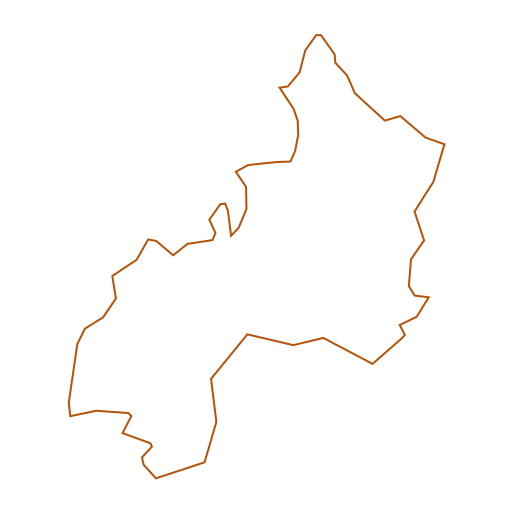 SVG path tracing the border of Central Bedfordshire, rotated 178°
{"feature_id": "GBR-5697", "entity_name": "Central Bedfordshire", "entity_type": "Unitary Authority", "adm_level": 1, "iso_a3": "GBR", "parent_name": "United Kingdom", "parent_adm1": "", "projection": "albers", "projection_center": [-0.422, 51.997], "detail": "fine", "context": "isolated", "style": "outline", "palette": "amber", "viewbox_px": 512, "rotation_deg": 178, "n_neighbors": 0, "source": "natural_earth", "source_scale": "10m", "svg_char_len": 1036}
<svg xmlns="http://www.w3.org/2000/svg" viewBox="0 0 512 512"><g transform="rotate(178 256 256)"><path d="M85.3,310.6L96.0,294.9L87.5,265.7L101.2,247.3L104.3,220.5L98.8,210.9L84.8,208.7L97.5,189.7L114.8,182.0L110.0,172.0L112.5,169.2L143.3,144.1L191.6,171.8L221.9,165.6L267.4,178.0L305.2,134.8L301.4,91.6L314.6,51.6L363.8,37.3L375.6,51.3L377.0,58.7L366.7,69.1L368.0,72.5L395.6,83.6L386.1,100.4L389.0,103.5L421.1,106.9L447.2,102.4L448.2,116.1L437.7,174.0L429.6,189.3L411.0,200.0L397.5,218.4L400.3,241.1L375.4,256.4L363.2,276.3L355.1,274.5L338.8,259.6L324.1,270.5L298.9,273.4L295.7,280.5L301.4,293.9L289.8,309.1L285.0,309.4L282.5,302.3L280.2,277.1L272.3,284.9L263.9,303.3L263.5,325.3L273.2,340.9L260.7,347.2L232.0,349.2L218.3,349.2L213.3,359.4L209.6,375.5L209.6,389.6L213.3,401.8L224.5,420.0L226.5,423.4L218.3,424.3L206.0,438.0L199.6,459.8L188.1,474.7L183.3,474.4L170.4,454.8L170.0,446.4L158.5,433.0L151.5,415.2L122.5,386.8L106.9,390.8L82.4,368.4L63.8,361.1L76.2,323.8L85.3,310.6Z" fill="none" stroke="#b45309" stroke-width="2"/></g></svg>